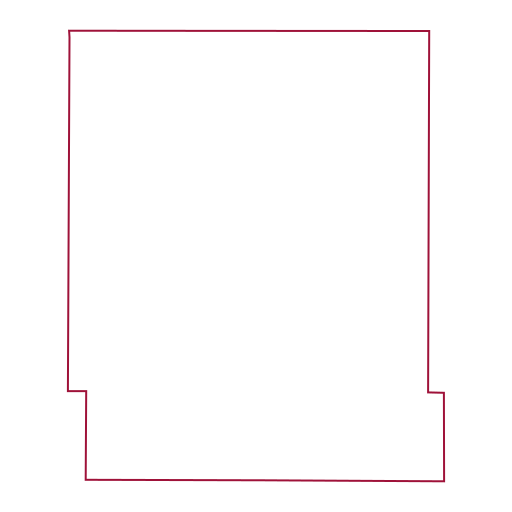 the district of Steele, North Dakota, United States of America
{"feature_id": "52423323B76546880879751", "entity_name": "Steele", "entity_type": "district", "adm_level": 2, "iso_a3": "USA", "parent_name": "United States of America", "parent_adm1": "North Dakota", "projection": "mercator", "projection_center": [-97.732, 47.456], "detail": "fine", "context": "isolated", "style": "outline", "palette": "rose", "viewbox_px": 512, "rotation_deg": 0, "n_neighbors": 0, "source": "geoboundaries", "source_scale": "gbopen_adm2", "svg_char_len": 273}
<svg xmlns="http://www.w3.org/2000/svg" viewBox="0 0 512 512"><path d="M265.2,480.3L444.1,481.3L443.9,392.8L428.1,392.4L429.2,31.0L412.6,31.0L141.1,30.8L69.1,30.7L69.5,37.3L67.9,391.1L86.2,391.1L85.7,479.8L265.2,480.3Z" fill="none" stroke="#9f1239" stroke-width="2"/></svg>